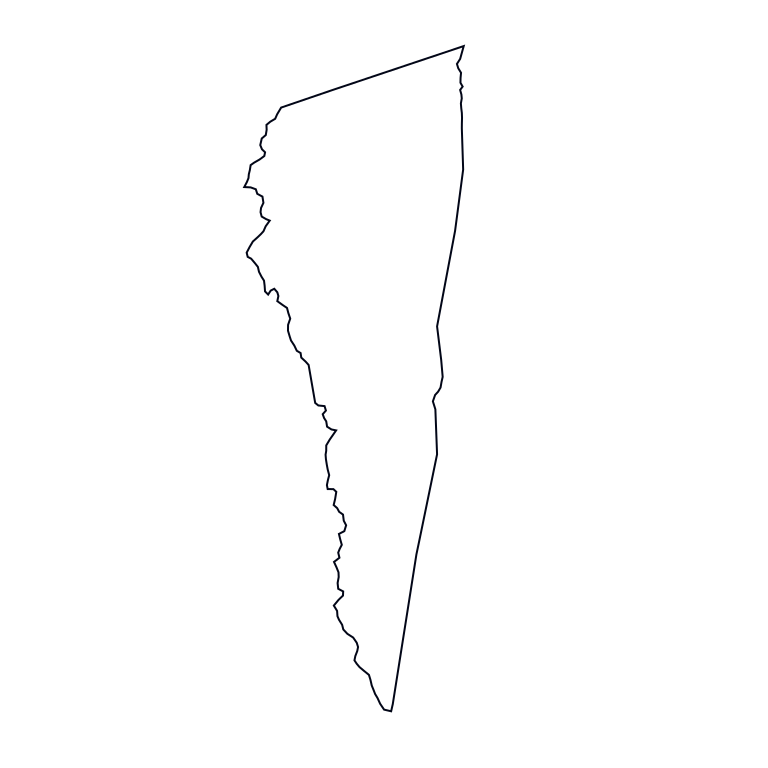 Caém, Bahia, Brazil, rotated 83°
{"feature_id": "56859067B11193862003902", "entity_name": "Caém", "entity_type": "district", "adm_level": 2, "iso_a3": "BRA", "parent_name": "Brazil", "parent_adm1": "Bahia", "projection": "albers", "projection_center": [-40.25, -11.139], "detail": "fine", "context": "isolated", "style": "outline", "palette": "ink", "viewbox_px": 768, "rotation_deg": 83, "n_neighbors": 0, "source": "geoboundaries", "source_scale": "gbopen_adm2", "svg_char_len": 2255}
<svg xmlns="http://www.w3.org/2000/svg" viewBox="0 0 768 768"><g transform="rotate(83 384 384)"><path d="M180.8,279.3L139.8,275.6L135.2,275.0L129.2,274.1L124.4,273.7L119.7,273.7L114.9,273.5L110.0,272.0L106.1,271.9L101.4,272.6L98.4,269.7L94.3,271.4L89.5,270.7L84.5,269.6L79.7,271.8L75.2,272.6L70.6,268.8L58.3,263.7L86.0,399.6L97.1,452.4L103.3,457.2L107.5,459.7L109.8,464.9L112.5,469.1L117.4,469.5L122.5,471.0L125.4,475.4L131.8,477.7L136.2,476.5L139.5,473.8L143.1,475.0L146.0,480.1L148.5,486.0L150.5,489.7L155.4,491.1L159.3,492.6L163.1,493.4L166.7,495.4L171.5,498.7L172.6,492.4L175.1,487.5L179.8,486.6L183.2,481.8L189.5,481.6L194.3,484.6L198.4,485.6L202.9,485.0L206.0,480.9L207.9,477.5L213.0,482.2L217.7,485.0L220.2,487.9L222.9,491.5L226.6,496.8L231.8,500.8L236.9,504.3L241.2,503.8L243.4,500.6L248.3,497.4L252.4,494.9L257.4,494.4L262.6,492.5L266.8,490.5L271.9,490.5L277.6,490.8L281.1,488.1L277.5,485.1L276.1,481.3L280.0,478.7L283.8,478.1L288.8,479.8L293.3,474.9L296.7,471.0L301.9,470.3L307.7,469.1L313.6,472.0L319.4,472.8L325.4,471.8L329.5,471.0L335.0,468.3L340.4,466.5L343.1,463.0L347.7,462.9L352.2,459.1L355.9,456.5L394.4,454.6L397.3,451.8L398.7,445.7L403.3,444.9L406.5,448.5L410.5,447.6L414.0,445.9L419.4,445.7L422.7,441.7L424.2,437.2L427.7,440.3L432.5,444.6L437.9,448.8L443.3,449.5L447.0,450.6L451.5,450.8L457.2,450.6L462.0,450.3L467.8,449.5L472.6,451.4L477.4,453.0L481.4,452.7L482.2,447.0L485.2,444.5L492.1,446.5L498.0,448.7L501.5,445.6L505.4,444.1L508.6,440.6L514.8,440.6L519.6,438.8L525.2,441.3L527.3,447.0L532.7,446.4L538.5,445.5L542.3,448.1L545.8,450.0L551.0,449.4L554.5,455.3L560.5,453.4L565.4,452.1L570.1,452.5L575.9,454.3L581.7,454.4L584.9,449.8L589.0,450.5L592.6,455.3L597.8,460.8L603.5,458.2L608.8,458.5L612.5,457.4L617.9,454.9L622.7,454.3L627.5,450.8L631.9,445.5L637.5,442.6L641.9,441.8L645.8,443.1L650.5,445.6L654.7,447.0L658.3,445.2L662.0,442.8L666.2,438.9L670.9,434.4L676.0,433.5L681.8,432.9L686.6,431.6L690.6,430.6L694.9,428.7L700.9,426.8L707.2,423.6L709.7,416.8L702.8,414.3L630.5,393.6L619.0,390.3L557.1,372.6L544.8,368.4L487.6,349.1L460.3,339.9L415.4,336.1L407.2,337.6L401.1,334.6L398.2,331.2L394.4,328.3L388.8,326.6L384.1,324.9L367.1,324.3L333.3,324.3L240.7,294.8L180.8,279.3Z" fill="none" stroke="#020617" stroke-width="2"/></g></svg>